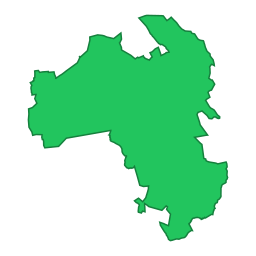 outline of Dikļu pag., Kocenu, Latvia
{"feature_id": "27541924B58624620212136", "entity_name": "Dikļu pag.", "entity_type": "district", "adm_level": 2, "iso_a3": "LVA", "parent_name": "Latvia", "parent_adm1": "Kocenu", "projection": "orthographic", "projection_center": [25.062, 57.572], "detail": "fine", "context": "isolated", "style": "filled", "palette": "green", "viewbox_px": 256, "rotation_deg": 0, "n_neighbors": 0, "source": "geoboundaries", "source_scale": "gbopen_adm2", "svg_char_len": 5751}
<svg xmlns="http://www.w3.org/2000/svg" viewBox="0 0 256 256"><path d="M173.1,19.2L171.2,17.2L169.4,18.8L166.9,20.6L163.3,15.9L161.6,15.7L146.7,15.4L145.0,15.8L138.9,18.0L146.4,26.3L148.8,30.4L150.3,33.6L150.9,34.2L151.6,34.7L152.6,36.4L153.4,37.0L157.3,41.9L158.1,42.5L158.4,43.3L159.1,43.7L159.6,43.8L160.4,44.7L162.0,44.4L165.3,46.6L166.0,47.4L166.2,48.5L168.4,50.6L169.0,52.2L166.1,52.6L165.5,53.4L161.0,55.6L160.6,53.8L158.3,47.3L155.2,48.9L152.2,51.8L150.0,52.7L152.2,57.0L150.4,58.5L150.4,59.0L150.1,59.2L149.3,60.1L148.9,59.7L147.8,59.6L147.5,59.5L147.0,59.0L146.2,59.0L145.9,58.6L145.7,58.5L144.8,58.3L144.7,58.2L144.5,57.6L144.5,57.4L144.3,57.2L143.6,57.0L143.1,56.5L143.2,55.9L138.7,57.8L137.7,57.2L135.2,58.9L130.8,55.3L121.6,50.0L121.4,47.4L119.5,42.9L119.9,42.6L121.5,39.2L120.9,33.0L113.7,38.6L106.7,37.0L104.0,35.8L102.2,35.4L97.6,34.9L89.8,37.0L89.9,40.2L87.4,50.7L80.5,57.0L79.8,56.5L79.6,56.7L80.3,57.2L80.2,57.3L79.8,57.2L79.2,59.0L77.4,62.8L65.9,71.2L63.9,72.8L61.6,74.5L59.7,75.6L56.0,78.3L55.8,78.3L55.9,77.6L55.8,77.3L55.1,75.7L54.6,74.7L54.0,71.9L51.5,72.1L48.4,72.4L48.3,71.5L42.6,71.9L39.6,72.4L38.4,70.5L35.5,70.8L34.7,71.0L34.9,73.1L34.8,77.6L33.8,78.0L33.9,80.6L33.1,80.7L33.1,81.4L30.3,82.6L31.8,85.3L31.7,85.7L31.1,86.8L31.0,88.6L31.3,90.1L31.5,92.6L32.0,93.3L32.0,95.0L35.2,94.5L36.0,94.5L34.8,98.7L36.9,103.3L32.4,107.6L28.6,108.9L28.9,114.1L28.4,119.8L29.0,127.3L31.9,132.0L32.7,135.3L36.1,134.5L42.0,134.7L42.0,135.9L41.8,137.3L42.1,138.5L42.3,139.5L43.2,139.5L43.6,141.4L43.7,145.4L44.8,147.8L58.6,146.4L66.3,138.2L110.8,130.4L110.8,130.6L109.9,133.4L109.5,134.2L109.6,134.4L109.6,134.7L109.1,135.0L109.8,135.3L110.0,135.6L109.7,136.0L109.8,136.2L110.0,136.3L110.0,136.8L110.1,137.0L109.9,137.6L110.2,137.7L110.2,137.9L110.2,138.0L110.3,138.3L110.6,139.0L110.2,139.1L110.1,139.3L110.4,139.9L110.4,140.5L110.5,140.8L112.1,141.6L114.2,142.4L115.5,143.3L119.4,145.3L120.1,146.0L121.0,147.1L121.9,148.8L121.9,149.1L122.0,149.7L122.1,151.6L122.2,152.1L123.0,153.7L124.5,155.5L125.0,155.9L125.5,156.1L126.2,155.9L126.4,155.9L126.5,156.0L126.3,156.7L126.0,157.4L125.7,157.6L125.7,158.0L125.5,158.4L125.2,159.6L124.9,160.0L124.8,160.3L124.8,161.1L125.1,162.0L124.7,163.8L124.6,164.5L124.7,165.3L124.9,165.5L125.1,165.8L125.3,165.9L125.6,166.4L125.8,166.5L126.4,167.4L127.1,167.7L127.2,168.0L127.8,168.0L128.7,168.6L129.7,168.1L130.5,168.1L131.0,168.1L131.1,167.9L131.8,168.2L132.9,167.9L133.9,167.4L134.2,166.5L134.4,166.3L137.4,176.5L139.8,185.3L143.5,186.5L148.6,186.0L148.4,187.0L148.4,189.0L147.1,193.5L146.5,195.3L145.8,197.7L142.7,201.7L138.5,198.2L134.5,200.8L136.4,202.7L137.2,202.9L137.7,203.1L138.2,203.7L139.2,204.4L139.3,205.4L138.6,207.1L138.5,208.3L138.2,211.3L138.4,212.2L141.4,213.0L142.5,211.1L145.0,211.8L144.8,207.0L144.6,205.4L144.6,203.5L147.0,205.1L148.8,206.6L161.9,210.3L166.2,205.9L167.5,206.8L166.6,209.3L167.1,210.0L170.5,214.1L168.8,224.0L168.5,225.7L165.0,224.3L163.9,223.7L159.8,222.3L160.2,223.9L160.3,224.6L160.4,225.3L160.8,225.8L161.1,226.4L164.1,231.2L165.4,233.0L166.0,233.4L166.3,234.9L167.4,236.4L168.1,237.9L168.5,239.3L170.3,240.6L170.5,240.6L171.9,240.3L176.2,239.0L177.3,239.0L179.0,239.2L181.4,238.1L184.2,237.6L184.9,237.2L185.3,236.9L186.5,235.5L187.8,233.2L188.9,232.1L191.2,230.5L192.4,230.6L189.7,225.3L189.2,224.7L189.3,224.3L189.1,224.0L189.2,223.9L189.0,223.6L189.2,223.4L190.3,222.6L191.0,221.2L190.9,221.0L191.0,220.8L191.4,220.8L191.5,220.1L192.0,219.4L192.4,218.6L193.8,218.0L194.3,218.1L194.5,217.9L195.6,217.7L195.9,217.5L196.3,217.6L197.1,217.3L197.5,217.4L197.8,217.6L198.8,217.6L199.3,217.8L199.7,217.9L199.9,218.0L200.1,218.4L201.0,218.6L201.0,218.9L201.2,219.3L201.6,219.1L201.8,219.3L202.3,219.0L202.6,218.6L202.6,218.3L202.8,218.3L203.1,218.5L203.4,218.5L203.5,218.2L204.1,218.1L204.3,217.9L204.3,218.0L205.4,218.0L211.4,214.4L212.8,214.6L213.1,212.6L213.5,211.1L213.9,210.5L213.7,210.1L213.8,209.8L214.3,209.0L215.1,208.4L214.6,207.6L214.3,206.2L214.6,205.1L214.9,204.8L215.0,204.3L215.3,203.5L216.4,202.9L217.2,202.6L217.3,202.3L217.4,201.8L217.5,201.7L217.4,201.2L217.5,200.8L217.5,200.4L217.6,200.2L218.4,199.6L219.0,199.3L219.7,198.6L220.3,197.6L220.9,196.8L220.9,196.5L221.0,195.9L220.9,194.9L221.0,188.9L220.9,188.7L221.0,188.4L221.0,187.9L221.5,186.9L221.6,186.5L221.6,185.5L221.8,185.3L222.2,184.9L222.8,184.3L224.7,183.3L225.1,183.1L225.9,182.5L226.1,182.1L225.9,180.8L226.3,179.9L227.1,179.0L227.2,178.8L227.3,178.1L227.6,177.6L226.9,175.2L227.2,171.1L226.8,170.1L226.1,169.1L226.1,168.7L227.1,167.0L227.1,166.6L226.8,163.8L226.1,162.0L217.7,163.9L216.7,163.4L215.3,163.0L209.8,162.1L208.6,161.8L207.4,161.4L206.1,160.7L205.7,159.0L203.9,158.5L203.7,157.4L201.9,144.4L200.4,143.3L200.0,143.0L200.0,142.8L199.8,142.7L196.1,138.9L194.6,137.3L206.3,135.2L207.6,135.1L200.2,124.9L199.4,121.8L198.1,117.8L197.6,116.4L197.0,114.5L198.0,112.4L202.0,111.0L207.1,115.5L209.1,118.5L211.9,118.8L213.7,117.1L215.2,116.9L216.3,117.3L216.4,117.7L216.6,117.7L217.4,118.0L217.5,118.2L218.0,118.4L218.3,118.2L218.7,118.4L218.8,118.2L219.4,118.3L219.7,118.1L219.7,116.7L217.4,114.9L215.0,111.2L213.9,109.8L210.5,107.9L209.7,107.0L209.2,106.3L205.8,100.6L205.6,100.4L206.7,99.2L209.9,97.2L208.0,92.3L208.5,91.7L209.5,90.7L211.5,90.1L213.2,86.9L214.7,84.2L212.3,80.1L211.8,80.3L208.8,78.3L210.1,73.2L209.9,68.2L209.6,66.9L211.5,64.3L213.0,64.9L214.3,65.6L214.1,63.9L213.9,63.0L213.1,59.8L210.2,56.1L210.0,53.9L207.2,51.4L206.3,49.8L206.4,49.6L205.7,48.2L205.2,46.8L204.6,44.4L204.0,42.7L203.8,41.7L203.4,40.8L203.1,40.7L201.0,40.4L199.5,40.0L197.9,39.0L197.5,38.5L194.6,33.9L191.9,33.3L191.5,32.7L190.8,31.4L185.2,31.0L181.6,28.9L178.5,25.5L178.2,24.9L177.3,23.7L176.7,22.8L174.8,20.9L173.1,19.3L173.1,19.2Z" fill="#22c55e" stroke="#15803d" stroke-width="1.5"/></svg>